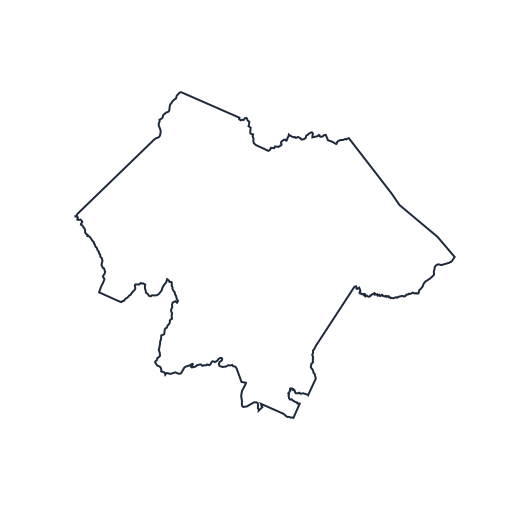 an SVG outline of Amazonas, rotated 204°
{"feature_id": "BRA-592", "entity_name": "Amazonas", "entity_type": "State", "adm_level": 1, "iso_a3": "BRA", "parent_name": "Brazil", "parent_adm1": "", "projection": "natural_earth1", "projection_center": [-64.603, -3.801], "detail": "fine", "context": "isolated", "style": "outline", "palette": "slate", "viewbox_px": 512, "rotation_deg": 204, "n_neighbors": 0, "source": "natural_earth", "source_scale": "10m", "svg_char_len": 6138}
<svg xmlns="http://www.w3.org/2000/svg" viewBox="0 0 512 512"><g transform="rotate(204 256 256)"><path d="M206.3,112.9L207.8,113.5L208.3,114.1L209.9,117.9L212.2,121.4L213.0,123.2L213.9,127.3L213.4,134.2L213.6,136.1L218.0,135.0L227.7,145.1L229.0,146.1L230.3,146.5L231.9,146.0L233.4,146.8L234.6,145.7L236.8,145.0L238.5,142.8L241.5,141.0L244.6,140.7L245.9,142.1L246.2,143.1L245.9,144.8L244.8,146.6L244.8,147.8L245.7,148.8L246.7,148.6L247.6,147.8L248.4,146.6L248.7,144.8L250.2,142.5L252.8,142.2L253.3,141.4L253.7,138.4L254.2,137.3L256.6,137.0L256.7,136.4L257.7,135.5L259.2,135.0L260.4,133.8L261.8,134.4L262.6,134.4L265.3,132.4L266.4,130.2L269.3,128.1L270.3,128.4L269.6,130.9L269.7,131.4L270.1,131.7L270.5,131.5L271.6,129.6L275.1,126.4L275.9,125.3L276.3,123.8L276.3,122.4L276.7,118.8L277.1,118.0L277.9,117.3L279.5,116.9L282.4,116.9L285.8,113.8L287.0,113.2L288.0,113.3L290.1,112.7L290.6,110.6L291.7,111.9L292.6,112.4L295.6,112.0L295.9,112.4L296.1,113.5L298.0,115.5L298.9,115.8L301.8,115.8L304.9,117.8L305.1,118.6L304.2,120.5L304.6,122.8L303.8,123.6L303.1,125.8L304.5,128.4L306.7,130.7L306.7,131.6L308.0,136.9L308.8,138.9L308.9,141.3L310.1,144.6L310.2,145.0L309.8,145.5L308.5,146.6L308.1,147.3L309.5,151.9L309.2,153.2L308.3,154.3L308.5,156.6L307.7,158.5L307.7,160.2L308.5,162.1L308.1,163.4L307.4,164.0L307.3,164.7L308.7,167.0L309.5,169.8L310.8,170.6L311.5,171.9L311.8,173.2L311.7,175.4L312.8,176.9L313.2,179.1L313.0,179.8L311.4,181.8L309.2,181.2L309.0,183.3L310.6,184.2L312.9,187.1L314.4,188.1L315.4,189.7L316.5,190.1L318.9,192.0L319.8,193.7L320.8,194.4L322.2,197.6L323.0,197.8L324.5,197.1L325.4,198.1L327.8,198.6L327.3,195.4L328.3,191.9L328.3,190.5L328.6,189.3L328.2,186.3L329.2,182.0L330.6,179.9L332.2,178.9L335.0,177.8L335.8,176.3L337.9,176.2L339.0,177.1L341.7,177.8L342.2,178.9L344.3,181.3L345.3,183.5L345.4,184.6L345.8,184.9L347.8,185.1L348.6,184.5L350.2,184.5L351.2,182.4L354.4,181.1L354.7,180.6L354.7,179.8L353.1,177.4L353.1,175.6L354.5,171.8L354.7,169.8L355.8,168.0L356.5,165.7L357.6,164.3L358.3,162.5L358.3,161.5L359.7,160.4L360.1,159.3L360.6,159.0L365.9,158.9L384.6,159.0L385.1,166.4L384.8,168.6L385.0,172.9L385.6,173.7L387.1,174.6L387.6,175.2L387.1,178.7L387.4,180.1L389.7,182.8L391.1,182.9L393.4,184.8L394.1,187.4L394.2,188.8L394.6,189.7L396.3,191.5L397.7,191.8L398.9,193.8L400.2,194.4L401.0,195.7L403.1,196.9L404.8,198.7L406.6,199.4L408.0,201.0L409.1,201.6L409.7,202.6L411.8,203.5L415.1,205.6L416.5,206.1L418.2,205.7L418.5,206.9L419.8,206.9L421.7,208.0L422.5,209.8L423.7,211.3L425.3,212.0L427.0,213.3L428.7,213.4L428.9,214.1L428.5,216.3L429.0,216.9L431.1,217.9L432.4,217.0L434.0,216.5L434.3,217.0L434.2,218.4L434.4,218.8L436.1,219.1L437.9,218.3L436.0,219.9L436.4,220.7L436.2,222.0L396.4,320.9L395.4,322.7L393.5,324.5L392.8,325.8L392.8,327.8L393.7,330.9L394.3,332.0L397.9,335.7L398.6,337.0L398.9,340.2L399.6,341.2L397.9,343.4L397.7,345.1L398.1,346.8L397.7,348.0L396.2,350.7L395.0,351.8L394.5,352.7L394.5,354.2L395.6,357.2L396.0,359.6L395.3,362.1L395.3,363.1L394.1,366.1L393.2,367.1L393.6,370.4L392.3,374.1L391.0,375.2L327.4,375.6L327.2,374.3L325.2,373.7L324.0,374.8L322.7,375.1L322.0,377.6L321.0,378.2L320.1,377.8L318.9,376.5L316.7,375.9L315.7,372.6L315.7,371.6L313.1,371.1L311.4,366.1L309.9,365.5L308.1,365.9L307.8,364.0L306.1,362.4L305.5,361.1L305.4,360.1L303.9,358.3L302.1,357.5L300.6,357.3L287.4,357.1L286.3,359.0L286.4,360.9L283.3,361.9L283.1,362.4L283.2,363.8L279.9,364.8L278.0,367.5L278.1,368.5L279.1,369.4L279.4,370.2L278.9,371.7L277.7,373.6L276.3,374.3L275.4,373.6L275.0,373.9L275.0,376.0L275.3,376.8L275.0,378.0L275.3,380.2L274.2,379.6L273.3,380.0L272.2,379.7L270.1,379.7L269.1,380.5L267.7,380.1L266.1,381.7L265.4,381.8L263.3,381.7L262.2,380.9L261.7,380.9L259.8,382.2L258.7,383.9L259.0,386.6L257.9,387.9L257.7,388.9L255.7,391.5L254.9,391.7L253.9,391.0L253.5,390.2L253.4,389.0L252.7,387.3L248.4,390.6L247.7,392.2L247.1,392.1L246.2,391.2L245.4,391.2L243.7,392.3L243.0,394.1L241.5,395.0L237.3,391.0L233.2,391.4L228.3,390.9L228.0,391.3L228.2,393.5L226.1,396.3L224.0,397.2L221.9,399.3L220.9,399.3L220.2,400.4L219.1,401.4L157.3,368.1L145.6,360.9L97.9,347.3L74.1,335.9L75.1,330.3L76.2,329.4L76.6,328.5L83.1,323.0L85.1,322.8L86.7,322.1L87.8,320.4L88.2,318.4L87.6,316.7L87.1,313.8L85.9,311.9L85.9,310.8L87.9,306.0L90.7,301.9L91.2,300.5L91.6,298.3L91.3,296.1L92.3,292.4L92.9,291.4L92.4,288.0L93.6,287.6L93.7,287.1L95.4,286.8L95.9,286.2L98.1,286.3L98.7,285.1L100.1,283.8L101.2,283.6L101.6,282.5L102.9,281.9L103.4,279.9L104.3,279.6L104.6,279.1L106.3,279.0L109.2,276.7L110.0,275.3L110.7,275.5L111.9,274.8L113.4,273.2L115.6,272.8L115.9,272.3L116.9,272.7L117.7,272.3L118.4,273.0L119.5,272.3L119.4,272.8L120.4,272.3L121.3,272.4L121.7,271.6L122.3,271.4L124.2,271.2L124.7,271.8L125.4,271.2L125.7,271.3L125.9,270.3L126.7,269.8L127.2,269.9L127.8,270.6L128.7,269.5L129.1,270.2L129.6,270.4L130.5,269.5L131.6,270.0L132.1,269.1L132.9,270.0L134.4,268.0L134.9,266.8L135.5,266.5L135.4,265.7L135.7,265.1L136.9,264.5L138.6,264.9L139.6,263.5L139.9,263.6L139.9,264.8L140.9,265.4L141.3,264.3L141.6,264.1L142.3,265.1L144.1,264.0L145.5,264.8L145.9,264.1L146.2,264.2L146.6,264.9L146.5,266.7L147.7,268.0L148.2,268.1L148.8,269.0L150.2,267.0L151.0,267.1L151.5,268.4L152.3,269.0L153.6,267.8L164.7,198.7L165.0,194.2L165.5,192.9L164.4,190.7L164.5,188.7L162.7,186.9L162.6,185.8L161.8,184.9L161.8,184.0L160.7,182.1L161.6,179.9L161.2,179.0L160.9,177.0L160.2,176.3L158.2,175.3L156.4,173.6L155.9,172.6L154.3,172.0L151.5,168.3L151.8,150.3L152.1,150.6L153.0,150.2L157.0,149.8L159.3,148.3L160.9,148.7L161.4,147.8L163.8,146.8L164.6,147.2L166.2,149.0L167.5,148.6L167.6,149.5L169.1,149.6L169.6,149.0L170.4,149.2L170.9,148.8L170.6,147.8L169.8,146.9L170.3,146.2L170.1,144.1L170.6,143.8L170.6,143.5L169.4,142.6L169.5,141.7L167.8,139.4L166.4,138.7L165.1,139.6L163.8,138.9L162.5,139.0L160.9,138.6L158.9,138.9L158.6,138.3L157.9,138.1L156.5,139.0L156.0,138.9L156.0,123.3L157.0,123.3L158.6,122.5L160.3,122.5L161.7,121.8L162.5,121.7L166.4,123.0L191.2,123.0L190.7,122.6L190.6,121.9L189.6,121.8L189.4,120.5L188.8,120.4L190.6,115.9L190.9,116.9L192.3,117.6L193.9,121.6L194.6,122.3L196.1,122.5L198.3,121.5L203.1,114.9L206.3,112.9Z" fill="none" stroke="#1e293b" stroke-width="2"/></g></svg>